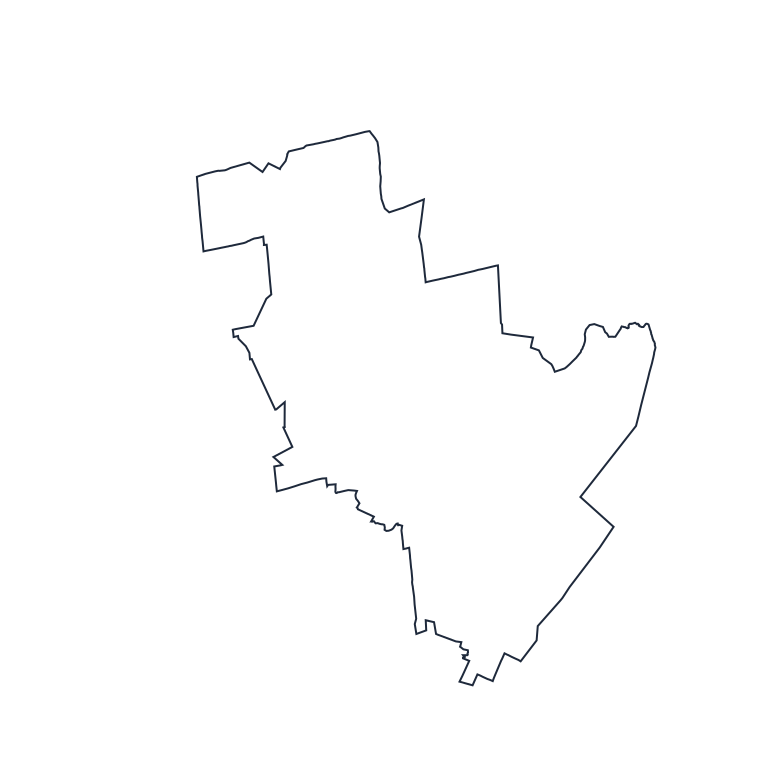 Tumbalá, Chiapas, Mexico (Natural Earth projection), rotated 215°
{"feature_id": "50627088B92638751100187", "entity_name": "Tumbalá", "entity_type": "district", "adm_level": 2, "iso_a3": "MEX", "parent_name": "Mexico", "parent_adm1": "Chiapas", "projection": "natural_earth1", "projection_center": [-92.267, 17.308], "detail": "fine", "context": "isolated", "style": "outline", "palette": "slate", "viewbox_px": 768, "rotation_deg": 215, "n_neighbors": 0, "source": "geoboundaries", "source_scale": "gbopen_adm2", "svg_char_len": 6106}
<svg xmlns="http://www.w3.org/2000/svg" viewBox="0 0 768 768"><g transform="rotate(215 384 384)"><path d="M656.1,446.4L654.9,444.9L652.6,442.1L651.5,440.9L650.5,439.5L645.9,434.1L644.8,432.7L643.7,431.4L640.3,427.3L638.1,424.6L636.9,423.3L635.8,421.9L634.7,420.6L630.9,416.0L626.4,410.8L624.1,408.1L623.0,406.8L621.9,405.5L620.5,403.8L618.0,400.9L616.9,399.5L614.6,397.0L607.9,389.1L606.3,390.9L602.7,394.6L600.7,396.7L596.7,400.9L595.6,402.1L592.8,405.0L591.7,406.2L590.6,407.3L589.5,408.6L588.2,409.8L586.8,411.4L579.9,418.8L579.1,419.8L578.1,421.3L577.4,422.9L576.4,424.3L575.6,425.9L573.8,428.7L570.8,431.6L567.5,435.5L563.9,431.3L562.9,430.2L562.1,429.0L560.0,430.8L558.8,429.4L557.5,427.9L552.2,421.7L547.6,416.3L541.1,408.4L539.0,406.0L536.1,402.5L527.7,392.7L529.3,386.4L524.2,356.9L536.9,344.0L539.0,341.7L536.8,339.4L534.1,336.2L531.1,339.6L529.2,337.6L518.8,335.7L512.1,332.3L507.9,327.3L506.6,328.6L495.8,322.3L458.4,300.6L458.0,301.3L457.7,301.4L454.9,312.2L441.3,292.5L440.9,292.2L440.6,291.8L441.5,290.7L423.0,279.9L432.7,260.8L420.9,259.4L422.1,258.0L426.6,253.5L415.9,241.2L413.7,238.6L410.2,234.6L406.8,238.6L402.8,243.4L398.4,249.1L394.4,254.5L390.3,259.3L385.5,265.5L383.7,267.6L380.4,271.1L377.3,273.6L375.0,270.8L371.9,267.7L371.9,269.3L366.1,274.1L364.9,272.1L363.5,270.3L362.0,267.8L361.0,267.2L360.7,267.3L360.4,267.4L360.0,268.0L359.8,268.8L358.9,269.4L355.1,273.7L352.4,276.6L347.3,279.6L344.8,280.9L344.3,278.5L343.7,276.7L342.7,275.5L341.0,274.0L338.5,273.3L335.7,272.2L335.4,267.6L335.4,267.2L334.5,267.2L333.5,266.4L316.2,269.5L315.7,264.2L315.6,264.3L314.8,264.3L314.1,265.4L313.4,265.8L312.1,265.3L310.9,265.1L309.4,266.4L307.5,266.9L305.7,267.6L304.6,268.3L303.0,268.8L301.1,267.0L299.9,264.9L297.8,265.0L296.0,266.5L294.3,269.0L293.7,271.0L293.8,274.3L293.6,276.5L293.1,277.3L292.7,277.6L291.9,276.6L291.4,276.4L290.7,277.4L289.2,277.8L287.8,278.3L285.7,274.0L281.6,269.5L279.9,267.5L278.7,266.3L277.2,264.4L273.4,259.9L272.6,260.8L271.7,261.7L270.4,263.3L269.5,264.3L264.5,258.6L262.6,256.2L261.5,255.0L256.4,249.0L254.4,246.9L248.6,240.0L247.3,237.7L246.6,236.9L245.7,235.9L244.6,234.9L244.0,234.3L243.7,233.9L237.3,227.0L232.5,221.0L223.0,210.2L221.1,205.0L214.1,197.8L208.1,206.4L214.3,214.4L206.4,217.6L198.0,209.1L196.1,209.5L181.2,213.4L177.7,214.3L177.4,214.4L172.6,216.9L171.2,213.2L171.0,212.4L169.8,212.4L166.8,212.2L162.6,214.0L161.2,212.3L161.1,211.2L160.3,210.6L160.1,210.1L160.2,209.6L163.7,207.2L162.7,206.9L162.3,207.1L162.1,207.1L161.4,207.0L161.1,206.5L161.2,206.1L161.7,205.8L162.0,205.5L162.3,205.2L162.2,205.1L161.9,204.6L159.3,205.2L155.4,206.1L153.4,195.4L152.4,189.9L151.4,183.5L138.6,188.0L140.9,199.7L138.3,200.3L137.1,200.5L135.5,200.7L130.0,201.7L128.3,202.2L126.6,202.6L124.5,203.0L125.3,205.9L126.4,210.9L129.3,224.4L129.4,225.0L129.6,226.5L129.8,227.5L130.0,228.5L130.8,232.5L127.5,233.0L126.8,233.2L123.0,233.7L119.0,234.4L115.4,235.1L113.0,235.2L111.9,261.5L119.2,273.9L115.3,308.3L115.1,311.0L115.5,324.1L113.5,373.8L114.0,398.7L158.3,404.1L153.5,494.2L156.9,503.2L161.3,514.3L171.2,540.6L173.3,545.9L175.2,551.3L176.4,554.7L177.9,558.4L178.3,559.5L179.4,562.1L179.7,562.8L179.9,563.3L180.8,564.9L181.8,567.8L182.5,569.5L183.7,570.6L184.5,571.2L185.3,572.5L186.0,572.9L186.5,573.4L187.3,573.8L188.4,574.1L188.9,574.6L189.4,575.0L190.0,575.2L190.3,575.6L193.0,577.8L193.7,578.1L194.7,579.3L195.4,579.7L195.7,580.2L197.1,581.0L201.2,584.3L201.5,584.5L202.1,584.4L202.4,584.4L203.0,584.2L203.3,584.1L203.8,583.7L204.0,583.2L204.1,582.4L204.0,581.8L204.2,580.9L204.1,579.9L204.2,579.5L205.1,578.8L205.5,578.5L206.1,578.3L206.7,578.3L207.3,578.0L208.0,577.9L208.6,578.0L208.6,578.6L209.1,578.8L210.1,578.9L210.5,579.0L210.8,578.8L211.2,578.3L211.2,578.1L212.3,578.1L212.9,578.2L213.4,578.2L213.6,578.0L214.0,577.4L215.1,575.9L215.7,575.3L216.0,575.2L216.1,574.9L216.5,574.8L216.9,574.5L217.2,573.8L217.3,573.8L217.3,573.4L217.3,573.0L217.2,572.1L216.9,571.6L216.2,571.1L216.0,570.8L215.8,570.3L215.9,570.0L216.2,569.7L216.3,569.5L216.6,569.5L216.7,569.3L217.0,569.3L217.5,569.0L218.4,569.0L219.1,568.9L219.5,568.6L219.8,568.5L220.1,568.3L220.7,568.2L221.5,567.8L222.3,567.5L222.2,566.3L221.8,564.9L221.8,562.9L221.6,555.4L221.9,555.1L222.1,555.0L222.9,554.5L223.1,554.2L224.0,553.8L225.5,552.7L226.9,551.6L230.3,553.2L232.5,553.3L237.4,556.3L240.6,555.2L246.1,553.7L249.4,550.2L249.8,544.4L248.1,539.9L246.0,537.6L244.7,535.7L244.1,534.7L243.7,533.8L242.4,529.8L242.3,528.5L241.7,526.8L241.8,524.9L241.5,524.0L241.1,522.8L241.2,521.8L241.4,519.5L241.4,518.2L241.6,516.9L241.5,516.2L242.6,510.5L243.2,507.0L244.2,502.6L244.9,500.4L251.1,492.0L253.8,493.8L256.3,495.3L258.3,496.2L268.9,496.4L276.4,500.4L284.6,498.1L285.7,500.4L288.6,507.6L308.3,497.3L316.1,493.5L321.4,500.4L323.2,501.0L358.7,546.5L360.1,545.1L363.2,541.6L369.1,534.9L371.0,532.9L372.3,531.6L372.6,531.2L373.3,530.3L374.9,528.3L378.0,524.8L380.6,521.9L381.8,520.4L383.8,518.2L385.6,516.3L388.4,513.0L391.0,510.1L392.7,508.4L395.6,505.0L398.1,502.4L399.1,501.2L403.6,496.4L404.4,495.5L407.2,492.4L408.2,491.2L410.7,494.2L411.7,495.2L416.2,500.4L417.4,501.9L417.9,502.3L420.6,505.4L428.2,513.8L430.1,515.8L431.1,516.9L433.4,519.4L439.8,524.8L448.6,541.8L457.2,558.1L466.7,543.6L469.6,538.9L470.5,537.9L478.2,527.6L484.0,528.2L492.3,534.2L493.9,536.2L495.8,538.1L500.5,543.8L503.0,548.1L505.6,552.1L507.5,553.8L511.4,558.4L512.5,560.1L514.0,562.7L516.5,565.6L518.7,568.2L520.4,570.0L521.9,571.4L524.3,574.5L528.2,578.5L530.6,579.5L532.2,580.2L535.7,581.3L537.6,581.8L540.8,582.9L541.1,582.7L544.2,579.6L550.2,572.5L554.1,568.1L555.7,566.6L557.1,564.8L558.8,562.7L560.0,561.0L561.2,559.5L563.5,557.4L563.9,556.6L565.1,555.2L567.8,552.4L568.8,551.0L569.6,550.4L571.4,548.4L575.2,544.3L576.6,542.8L578.2,541.2L579.2,540.0L579.6,539.6L584.3,534.9L584.8,533.6L585.3,531.2L589.9,526.1L595.4,519.9L595.1,516.7L594.7,516.5L593.9,514.4L592.5,510.3L592.9,501.8L592.5,500.4L605.2,498.5L605.1,488.0L621.3,488.1L633.7,472.9L635.2,470.3L636.0,469.0L636.9,467.8L641.2,464.1L641.7,463.9L642.4,463.3L644.3,461.3L650.8,453.7L656.1,446.4Z" fill="none" stroke="#1e293b" stroke-width="2"/></g></svg>